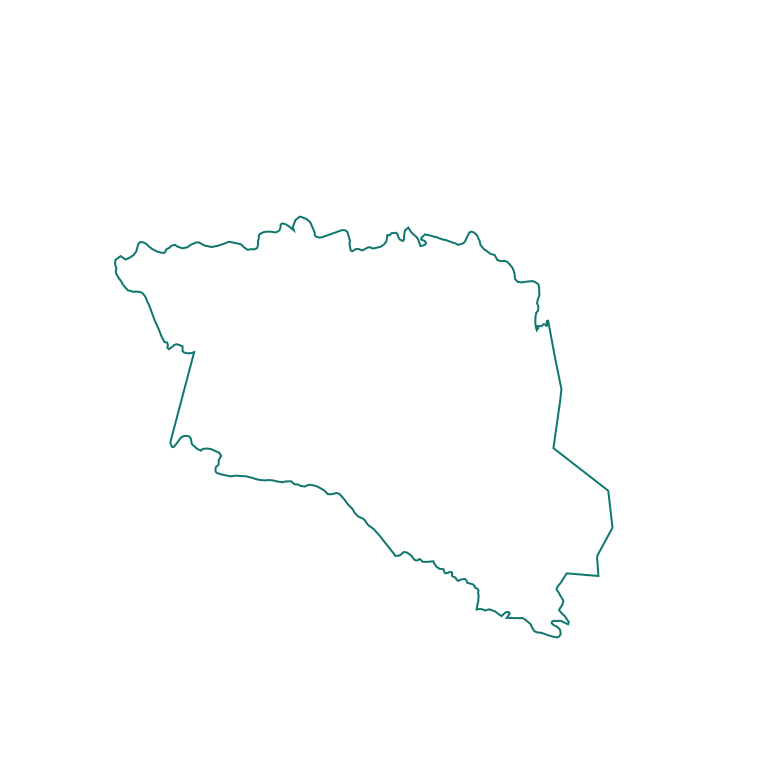 Cosautlán de Carvajal, Veracruz, Mexico (orthographic projection), rotated 216°
{"feature_id": "50627088B10662501501563", "entity_name": "Cosautlán de Carvajal", "entity_type": "district", "adm_level": 2, "iso_a3": "MEX", "parent_name": "Mexico", "parent_adm1": "Veracruz", "projection": "orthographic", "projection_center": [-96.973, 19.329], "detail": "fine", "context": "isolated", "style": "outline", "palette": "teal", "viewbox_px": 768, "rotation_deg": 216, "n_neighbors": 0, "source": "geoboundaries", "source_scale": "gbopen_adm2", "svg_char_len": 6141}
<svg xmlns="http://www.w3.org/2000/svg" viewBox="0 0 768 768"><g transform="rotate(216 384 384)"><path d="M668.1,319.8L667.8,318.5L666.5,316.5L664.1,315.1L660.2,313.6L656.3,312.3L653.8,311.0L650.8,310.2L648.2,309.7L646.1,309.2L643.7,310.4L640.8,311.2L639.3,312.8L636.0,314.8L633.3,315.6L630.8,315.1L627.7,314.0L623.7,311.4L621.1,310.2L606.9,300.7L598.8,296.1L592.1,291.8L586.2,288.9L583.7,290.1L581.7,288.4L580.6,286.0L578.4,285.8L577.2,289.6L576.6,292.4L575.0,294.4L571.7,295.5L569.1,296.0L567.4,293.7L566.1,292.1L564.1,292.0L560.9,293.4L558.8,295.1L557.6,296.3L556.3,298.2L540.9,258.4L528.7,227.0L522.7,211.6L521.8,210.4L520.6,209.6L518.2,208.5L517.1,209.7L516.8,213.4L516.7,215.5L516.9,218.2L516.7,221.5L515.4,224.2L513.5,225.8L510.5,227.1L507.7,226.0L506.5,224.7L504.2,222.5L497.5,221.7L493.1,222.3L492.3,225.1L489.1,227.9L485.3,229.8L480.3,230.8L476.9,231.5L473.5,230.1L473.0,225.5L471.7,223.4L470.6,221.8L470.7,220.3L471.2,218.2L470.2,215.8L468.7,214.1L466.6,213.9L463.9,214.7L459.4,216.6L456.8,217.8L453.6,219.3L451.6,221.2L449.3,223.3L446.9,224.6L441.6,228.1L435.8,230.5L431.4,231.9L427.4,233.7L423.3,236.3L420.9,238.5L417.5,240.6L412.5,242.7L408.4,244.8L406.5,247.1L404.1,249.1L401.6,250.8L399.4,250.3L397.2,250.3L394.9,252.0L391.4,252.6L387.8,254.5L386.5,256.9L384.5,259.2L380.7,260.8L378.3,261.7L374.4,262.3L369.5,262.8L366.4,262.2L364.8,261.9L362.6,263.2L360.1,265.7L358.5,267.9L355.4,268.9L348.3,267.3L342.4,265.4L336.0,264.3L332.3,262.6L328.4,261.9L326.9,261.6L322.1,262.7L318.9,262.4L315.9,261.1L313.2,260.5L307.8,260.6L299.9,259.1L276.0,252.4L274.0,251.5L270.8,254.1L270.1,256.0L269.6,258.2L269.2,259.8L265.8,261.3L264.2,261.2L260.6,261.1L258.1,260.3L257.5,260.1L256.2,259.7L254.6,260.0L252.9,261.4L252.8,262.5L252.0,263.4L249.9,263.2L248.3,262.9L247.4,263.5L245.0,265.1L239.8,269.6L237.7,268.2L235.7,267.7L233.7,266.8L231.7,267.2L230.3,267.1L228.8,268.1L226.9,269.1L225.0,267.6L223.3,266.8L220.9,269.3L220.3,270.7L219.0,271.3L218.2,271.5L217.2,270.3L216.3,268.8L214.4,268.8L212.8,269.4L212.0,269.2L210.3,268.4L208.4,268.2L206.7,271.2L203.9,273.9L200.9,273.1L199.7,272.1L197.9,272.8L194.6,274.1L192.1,274.0L191.0,272.8L188.4,273.2L186.4,272.7L185.6,271.5L185.1,270.2L183.7,269.2L182.1,266.9L181.3,265.5L180.3,264.2L179.4,262.0L178.8,260.6L178.2,259.3L176.5,256.0L175.2,257.4L174.0,258.4L172.6,259.3L170.6,259.9L168.9,260.2L167.6,262.1L166.4,263.6L164.0,264.3L160.9,265.3L155.2,265.2L152.5,265.3L152.2,266.6L152.0,268.1L151.4,270.4L151.1,271.2L150.3,271.9L149.1,272.7L147.4,272.3L147.2,266.9L145.2,268.4L143.8,269.3L143.2,269.8L142.4,270.2L140.8,271.3L139.9,271.9L139.1,272.7L138.2,273.3L137.3,273.7L136.5,274.3L135.8,275.0L135.1,275.6L134.2,276.0L133.2,276.3L132.3,276.3L131.3,276.4L130.4,276.4L129.4,276.3L128.4,276.2L127.4,276.1L126.4,276.1L124.5,275.9L123.5,275.5L122.7,275.0L121.0,274.0L120.4,273.7L119.1,273.3L117.8,272.6L116.4,272.5L113.4,273.3L111.0,275.0L107.3,276.2L104.2,277.0L101.1,278.0L96.3,280.0L94.9,280.9L93.9,282.6L93.9,284.6L94.6,286.2L96.1,287.7L97.3,288.6L97.9,289.0L102.2,289.3L105.2,288.6L107.7,289.0L108.4,290.7L107.2,292.4L105.3,293.5L103.6,294.9L101.6,296.4L99.1,296.8L93.8,297.8L94.5,299.9L97.4,301.1L101.8,302.5L105.0,302.9L109.4,303.9L109.7,305.5L110.0,310.6L111.5,314.1L114.4,315.4L118.0,316.9L120.5,318.1L123.8,319.4L124.0,320.2L124.2,320.7L124.4,321.5L124.4,322.0L124.4,325.4L124.2,325.9L124.1,326.1L124.9,338.2L97.7,354.7L107.5,366.4L109.0,367.9L110.7,371.0L110.9,373.5L114.7,402.1L127.3,415.8L139.9,429.5L175.5,430.6L209.2,431.7L221.0,453.9L231.1,473.0L237.4,484.1L260.8,505.5L274.9,518.9L288.4,531.7L289.0,531.0L289.0,530.4L288.8,529.8L288.2,529.0L287.4,528.3L286.9,527.6L286.6,526.9L286.7,526.5L287.4,526.4L288.2,526.8L289.0,526.7L289.6,526.5L290.1,526.1L290.2,525.1L290.4,524.1L290.8,523.2L291.3,522.6L292.1,522.2L293.9,521.2L293.9,520.7L293.2,520.3L292.4,520.0L292.1,519.6L292.0,518.8L292.0,517.3L295.2,519.8L298.0,523.1L300.9,527.3L302.7,531.3L302.5,533.8L304.5,537.3L307.6,539.3L308.9,541.9L309.6,544.0L310.4,547.0L311.9,548.9L313.5,551.0L315.1,553.1L317.5,555.3L320.3,555.4L323.9,554.8L327.2,552.1L332.5,547.0L335.8,545.3L339.6,545.9L341.1,547.5L343.0,549.7L345.3,551.6L348.6,553.6L351.3,554.3L352.7,554.6L355.4,555.3L358.3,554.8L361.5,552.2L365.1,550.9L370.3,553.4L374.6,551.8L378.8,552.0L382.2,551.8L387.4,553.1L391.2,556.3L393.8,557.5L395.2,558.5L397.2,559.1L400.3,559.5L403.2,558.4L404.0,556.1L402.8,550.0L402.2,546.3L402.8,544.2L404.0,542.3L406.1,540.0L408.7,539.8L412.7,538.4L418.9,536.7L420.9,535.6L424.5,534.5L427.0,533.8L428.5,533.5L429.9,532.5L432.2,532.0L434.3,531.1L438.8,529.1L439.1,527.0L439.6,524.0L438.8,522.7L435.3,523.7L432.9,522.9L432.7,520.7L433.7,519.2L435.5,517.0L437.7,518.5L440.7,520.6L442.5,521.6L444.0,521.9L445.8,522.3L448.2,522.3L451.5,522.9L456.2,524.8L457.3,520.7L456.1,517.9L454.7,515.5L453.0,513.0L452.7,510.9L456.0,510.2L458.9,511.3L461.7,513.4L463.6,513.1L465.0,511.8L466.6,510.4L466.9,507.7L468.8,506.4L467.6,504.3L466.8,502.7L466.0,500.8L465.9,497.2L467.2,493.4L471.3,488.4L473.2,486.8L475.6,486.5L477.5,484.7L478.4,482.5L480.0,479.3L484.5,478.1L486.4,476.0L487.6,472.7L489.6,472.6L493.7,476.5L495.0,478.1L496.0,480.2L501.1,484.0L501.9,484.9L504.2,485.8L506.5,485.1L506.9,484.8L508.2,484.1L520.5,466.2L522.3,464.5L525.8,463.2L527.5,463.8L529.4,466.0L533.1,468.2L535.2,469.4L536.6,470.3L539.1,471.6L540.6,471.7L543.6,471.9L549.4,470.5L550.5,469.7L552.0,464.6L550.2,458.1L549.9,457.1L547.4,455.3L553.2,455.7L557.0,455.5L560.4,454.4L561.4,452.4L559.7,449.7L558.9,446.9L559.8,444.4L561.1,442.6L564.8,440.9L567.4,439.1L570.4,436.5L572.7,432.3L572.5,430.5L570.7,428.0L569.9,425.4L568.2,423.3L567.2,421.2L566.6,419.3L568.1,416.6L570.6,415.1L573.2,412.4L577.7,412.3L582.1,412.9L592.9,408.1L596.5,402.6L599.6,398.2L604.1,393.4L610.7,390.5L616.9,389.8L619.4,387.8L621.9,383.5L623.6,378.8L626.7,375.4L631.5,373.8L634.9,373.7L637.2,371.0L637.9,367.7L639.3,365.0L638.5,361.9L639.4,360.2L644.9,357.9L650.2,357.0L654.7,357.0L658.8,357.7L662.8,356.8L664.9,355.2L664.9,352.4L663.3,348.1L662.3,345.5L662.5,340.7L664.3,336.0L666.4,332.7L672.2,332.7L674.2,326.8L672.7,323.7L671.2,322.3L669.6,321.1L668.1,319.8Z" fill="none" stroke="#0f766e" stroke-width="2"/></g></svg>